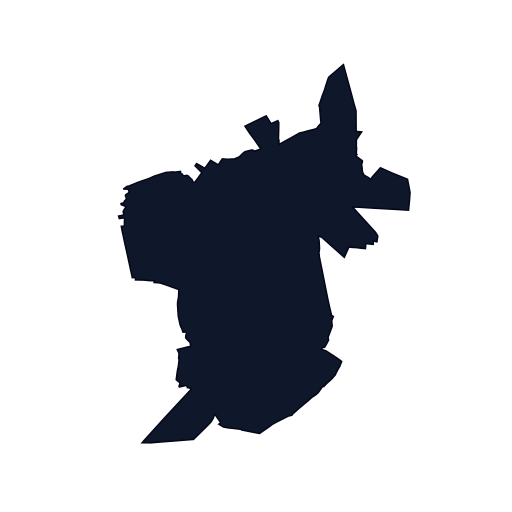 Chisineu-Cris, Arad, Romania, rotated 190°
{"feature_id": "2599482B81986259472727", "entity_name": "Chisineu-Cris", "entity_type": "district", "adm_level": 2, "iso_a3": "ROU", "parent_name": "Romania", "parent_adm1": "Arad", "projection": "equal_earth", "projection_center": [21.526, 46.496], "detail": "fine", "context": "isolated", "style": "filled", "palette": "ink", "viewbox_px": 512, "rotation_deg": 190, "n_neighbors": 0, "source": "geoboundaries", "source_scale": "gbopen_adm2", "svg_char_len": 4588}
<svg xmlns="http://www.w3.org/2000/svg" viewBox="0 0 512 512"><g transform="rotate(190 256 256)"><path d="M213.2,447.5L214.2,446.3L215.5,444.6L216.0,442.0L216.5,438.4L217.0,434.9L217.3,431.9L217.8,429.3L218.6,425.1L219.5,419.0L219.8,417.2L220.1,415.4L220.0,414.8L219.4,414.1L216.2,402.1L215.3,398.9L215.0,398.6L214.7,398.3L215.9,396.7L217.2,394.7L218.0,392.9L218.4,392.2L219.0,391.8L221.1,390.7L226.8,388.2L231.1,386.1L234.7,384.6L235.7,383.7L242.4,378.2L245.8,375.5L252.8,369.8L253.0,371.4L253.5,374.1L254.0,374.1L254.4,376.5L255.5,383.9L256.4,389.4L256.7,391.3L258.0,393.1L260.5,391.4L263.1,389.7L264.2,389.0L270.3,395.8L279.7,389.0L288.1,382.9L289.1,382.1L289.4,381.9L285.5,377.8L283.3,375.5L277.6,370.1L270.6,363.0L269.9,362.2L275.7,359.0L276.5,359.4L278.2,359.8L279.5,359.3L281.3,358.5L283.1,357.7L285.0,356.8L286.5,355.2L289.2,351.5L289.4,351.0L292.1,349.2L294.2,347.9L295.0,347.6L297.2,347.2L300.5,346.4L302.2,346.2L304.6,346.0L306.1,345.8L309.0,339.2L317.3,342.4L321.6,333.5L328.1,335.9L330.6,336.7L331.7,334.2L323.8,328.7L325.1,326.1L326.7,322.7L328.0,320.2L329.0,318.1L330.5,317.6L332.3,320.1L334.9,321.8L335.3,322.1L336.3,322.9L338.0,323.5L339.8,322.8L341.1,322.3L341.6,322.6L342.1,322.9L342.7,323.8L344.0,324.3L344.5,324.5L345.0,324.9L344.9,326.0L345.0,326.2L348.6,325.1L349.7,324.7L353.0,324.3L359.2,322.7L361.1,321.7L369.9,317.1L374.6,313.9L385.2,308.0L391.3,304.1L393.4,302.8L395.1,302.2L397.9,299.3L397.7,298.9L395.2,299.4L393.2,299.2L392.5,298.4L392.3,297.2L392.5,296.0L395.0,293.7L395.1,292.6L393.9,290.9L393.8,289.7L393.9,288.8L395.0,287.5L395.3,286.7L395.5,285.6L395.9,285.1L397.3,284.7L398.0,284.3L398.0,283.7L397.6,283.1L395.6,282.7L393.2,282.2L392.8,281.3L393.5,279.8L394.2,278.1L394.0,277.3L394.6,276.9L393.3,273.4L398.3,271.5L397.1,269.1L394.1,270.1L393.4,270.4L392.1,270.5L390.9,262.9L391.0,262.5L391.3,262.4L393.8,261.9L393.6,261.2L391.7,256.2L390.9,254.4L389.6,251.1L387.6,246.1L382.1,232.9L376.8,219.8L374.1,213.4L374.1,213.2L370.9,213.8L370.6,211.5L363.6,212.6L361.1,212.9L357.8,213.1L351.7,213.9L351.8,212.2L346.8,212.7L345.3,212.7L341.8,212.2L330.0,210.2L326.2,209.5L325.2,202.5L325.2,196.9L324.8,194.2L322.1,183.2L319.0,175.5L317.7,173.1L317.0,172.5L314.7,168.3L312.2,168.9L311.5,168.6L311.1,167.9L311.1,167.3L311.3,165.6L311.1,163.3L309.7,162.0L305.8,159.3L304.7,155.5L307.1,154.8L317.3,150.2L314.9,146.7L314.4,141.6L313.7,140.4L313.3,132.8L313.1,132.0L313.5,131.9L313.4,126.5L313.1,120.3L308.8,117.8L308.8,117.0L309.1,115.3L309.2,114.5L309.1,114.0L308.7,113.7L305.1,115.2L303.4,116.0L302.4,116.1L301.5,116.1L300.7,114.4L300.0,114.4L299.7,114.5L299.3,114.6L298.4,114.4L297.5,114.2L296.5,113.9L318.4,80.0L334.7,54.1L334.9,53.6L335.7,52.3L326.8,53.8L326.5,53.9L316.3,56.6L306.5,59.1L285.7,64.5L285.5,64.8L276.3,77.7L271.8,84.2L271.0,85.9L270.0,88.6L269.6,90.7L269.5,92.3L268.0,92.3L267.9,92.1L267.9,91.9L267.6,91.5L267.1,91.0L265.8,89.7L262.7,86.6L262.3,86.2L262.2,85.9L262.2,85.6L262.3,85.3L262.6,84.8L263.4,83.9L259.1,82.2L258.5,82.0L257.8,81.9L254.5,81.9L253.2,81.9L250.5,82.1L247.9,82.3L242.3,82.6L241.1,82.7L240.8,82.6L240.5,82.5L240.1,82.2L232.5,82.0L221.7,81.8L220.4,83.1L212.8,90.7L210.9,92.8L207.0,96.0L196.3,104.0L193.4,105.2L192.9,105.5L192.4,106.8L186.8,113.9L181.9,119.7L179.2,122.9L176.5,126.4L173.1,129.6L170.9,132.4L168.6,137.3L167.4,139.6L166.6,139.2L164.4,142.5L160.5,147.5L159.7,148.6L158.6,150.6L157.5,152.2L155.6,158.6L154.4,161.6L153.3,167.0L155.8,168.3L162.6,171.4L164.6,172.2L170.7,174.8L175.5,175.4L175.2,176.1L174.6,177.3L172.8,177.9L172.3,178.6L171.7,180.2L169.9,185.8L170.0,186.3L170.7,187.8L170.8,188.9L169.4,196.4L168.9,199.3L168.8,200.4L169.3,202.1L170.2,205.6L169.3,209.9L170.4,210.3L171.3,210.7L175.0,219.3L177.8,226.1L189.9,257.2L193.7,266.9L193.9,268.4L194.5,269.5L194.7,274.3L196.5,282.1L198.2,286.2L194.7,286.0L168.8,270.0L165.9,281.6L165.2,281.4L165.0,281.0L162.4,281.2L159.2,281.6L152.4,282.0L149.5,282.3L150.0,287.3L142.6,287.8L143.0,291.1L139.4,290.9L139.5,296.5L139.7,297.1L142.4,300.1L148.1,304.5L169.4,321.0L162.3,322.0L149.5,323.4L123.4,326.5L113.7,327.6L114.5,337.5L114.9,341.4L115.3,345.3L120.1,357.9L136.5,361.4L148.8,364.5L154.6,355.1L156.8,351.1L158.4,352.6L163.8,354.5L165.7,357.3L166.3,359.3L166.6,359.9L166.5,360.3L167.0,361.9L168.0,364.7L167.8,365.4L167.6,366.3L167.6,367.1L167.6,367.6L167.8,368.3L174.9,371.8L174.8,372.2L174.2,373.5L174.9,373.8L175.7,380.1L176.0,380.3L177.1,386.7L177.3,388.0L173.5,396.6L179.0,396.1L181.3,408.7L182.7,416.4L186.2,423.5L188.3,428.2L201.2,455.6L202.1,457.5L203.1,459.7L203.5,459.3L208.8,452.8L213.2,447.5Z" fill="#0f172a" stroke="#020617" stroke-width="1.5"/></g></svg>